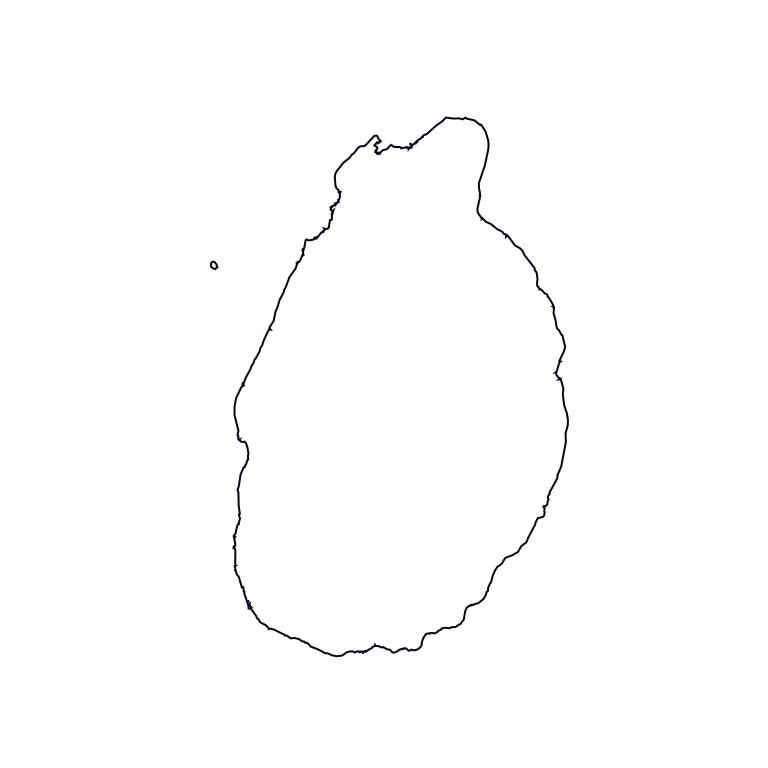 the district of Camiguin, Camiguin, Philippines, rotated 218°
{"feature_id": "2640588B70398489528347", "entity_name": "Camiguin", "entity_type": "district", "adm_level": 2, "iso_a3": "PHL", "parent_name": "Philippines", "parent_adm1": "Camiguin", "projection": "equal_earth", "projection_center": [124.72, 9.168], "detail": "fine", "context": "isolated", "style": "outline", "palette": "ink", "viewbox_px": 768, "rotation_deg": 218, "n_neighbors": 0, "source": "geoboundaries", "source_scale": "gbopen_adm2", "svg_char_len": 6167}
<svg xmlns="http://www.w3.org/2000/svg" viewBox="0 0 768 768"><g transform="rotate(218 384 384)"><path d="M324.5,120.6L324.0,119.9L322.5,121.7L318.9,122.9L307.8,125.1L307.2,124.7L306.2,125.8L300.8,126.2L298.5,128.6L294.0,130.6L289.8,130.9L288.4,131.9L286.9,131.6L285.6,132.1L285.3,132.8L279.9,132.0L273.0,134.2L264.4,135.7L262.6,137.1L257.9,138.2L253.5,140.5L249.8,144.2L248.2,149.7L246.4,152.1L243.9,154.1L241.6,154.5L240.4,157.1L238.1,158.2L237.8,157.8L237.3,158.4L237.5,159.0L236.2,160.0L235.0,159.2L234.3,159.9L235.0,159.6L235.3,160.4L234.2,162.2L233.6,161.8L233.5,160.5L233.6,162.7L233.1,163.0L232.5,165.4L231.0,168.3L231.2,169.7L230.0,171.9L230.3,172.7L229.6,172.3L226.9,174.1L223.5,175.0L222.6,176.2L218.1,176.9L215.7,178.3L212.5,177.7L210.8,178.3L209.2,180.9L207.8,185.1L207.3,185.2L205.8,187.7L205.5,187.4L204.1,189.2L200.1,189.1L198.7,191.7L197.3,191.9L194.8,194.3L193.5,197.5L193.4,200.7L193.9,202.2L194.9,203.0L196.6,207.9L197.0,212.9L195.0,215.3L194.6,215.0L193.7,216.8L190.5,218.8L189.4,221.0L189.2,223.2L187.9,225.3L187.7,226.2L188.1,226.7L187.6,227.5L185.7,229.6L182.0,231.9L181.0,234.0L177.9,236.6L176.9,240.4L176.0,241.5L176.1,247.4L180.1,254.9L181.1,258.7L180.3,261.7L179.7,262.5L178.9,261.9L179.7,262.9L179.2,263.8L178.3,264.0L178.0,265.1L176.9,265.9L176.7,267.0L174.8,269.1L173.2,276.0L174.0,280.8L175.1,283.1L174.7,285.0L176.5,287.6L177.6,291.8L177.5,293.5L180.2,299.6L181.7,305.5L182.1,309.5L180.5,314.8L181.3,320.7L180.9,322.5L177.4,328.2L175.0,334.2L176.0,340.8L174.5,346.2L174.7,348.5L175.7,351.4L178.3,366.0L179.4,368.5L180.2,373.1L177.1,376.8L176.8,378.8L178.5,382.0L179.4,382.4L181.1,385.2L182.7,385.2L182.8,386.1L181.3,386.2L182.4,386.5L181.3,387.9L181.3,390.0L182.8,392.3L183.2,394.4L185.1,395.4L185.8,397.0L185.6,399.0L186.7,400.2L189.4,416.3L191.1,419.1L191.0,418.2L193.5,428.0L205.0,450.3L210.6,457.0L213.7,464.5L216.9,468.9L221.7,473.4L229.1,478.3L237.0,486.3L239.5,490.5L247.0,496.2L248.3,496.6L248.1,495.8L248.3,495.2L248.3,496.2L248.9,495.5L248.7,496.6L251.8,496.6L253.9,497.5L255.5,499.2L255.9,498.8L255.6,500.0L258.1,506.4L259.1,509.8L258.8,510.5L260.0,510.1L262.4,520.8L264.2,524.9L273.4,532.2L274.7,532.1L279.5,534.2L281.4,534.2L283.7,535.7L288.0,539.8L294.1,544.3L296.4,548.0L296.7,547.3L296.8,548.4L297.7,549.2L298.7,549.0L298.4,549.5L299.1,550.3L307.0,553.5L308.7,553.5L310.5,555.0L313.5,554.4L317.8,555.2L319.9,555.0L319.9,554.4L322.2,555.6L323.3,555.4L325.5,557.7L327.6,561.1L331.5,565.1L333.6,566.3L334.9,566.3L336.9,568.1L352.7,572.1L356.6,574.1L360.4,574.7L366.1,573.8L377.2,577.0L378.4,576.8L378.5,575.3L379.7,577.0L381.9,576.1L384.4,576.8L390.6,575.7L398.1,575.9L403.7,574.5L409.7,575.5L408.3,574.7L408.5,574.0L409.1,574.8L414.9,576.5L416.5,577.5L418.4,579.9L424.0,591.6L424.6,591.5L425.5,593.2L429.6,596.7L432.9,600.7L439.1,618.4L446.2,632.9L448.7,636.7L451.8,640.1L459.1,645.3L466.5,648.1L467.4,648.0L467.5,647.3L475.1,647.4L482.1,644.1L483.8,644.1L484.9,641.1L488.3,639.6L492.7,635.9L499.1,632.2L499.9,626.7L502.0,619.7L504.2,607.4L506.1,603.9L505.5,602.6L506.2,602.1L506.1,599.9L506.7,598.5L506.7,599.6L507.7,595.6L507.0,595.3L507.5,594.9L507.3,594.1L507.8,594.3L507.7,593.0L508.5,593.3L508.0,593.1L508.3,591.1L508.9,589.8L512.1,589.3L508.6,589.1L509.3,586.6L508.2,586.8L509.3,585.3L509.8,586.2L509.5,584.5L510.2,585.3L511.2,584.2L511.8,584.8L515.5,580.3L516.3,580.8L517.9,580.1L522.2,576.9L525.5,576.9L526.2,574.2L526.0,571.3L528.8,567.6L529.3,564.6L529.0,562.9L530.4,563.1L530.5,561.2L531.4,561.1L531.5,562.4L532.5,561.7L533.2,562.2L533.8,561.6L534.4,562.9L534.0,565.0L535.1,566.4L538.4,566.1L538.3,569.3L537.8,569.4L538.3,570.1L537.6,570.9L536.7,570.8L535.9,572.5L536.1,573.5L538.8,573.6L542.4,575.4L544.4,573.6L545.5,560.6L546.2,559.2L549.0,556.6L549.9,554.1L549.7,547.6L550.6,545.0L550.4,541.3L552.2,533.4L552.3,522.8L551.8,519.7L549.8,516.3L544.5,510.6L541.9,508.9L539.2,508.8L537.8,507.2L536.5,508.6L535.8,506.3L533.8,504.2L532.9,501.3L533.4,500.6L531.9,499.7L532.6,499.1L532.3,498.0L533.7,496.4L533.3,495.7L532.6,496.6L532.3,494.8L533.4,494.4L533.8,491.9L534.2,492.3L534.7,491.7L534.8,490.1L534.1,489.6L534.7,489.1L533.7,489.4L533.2,488.5L531.3,488.4L530.9,489.7L530.4,487.6L530.2,488.2L528.5,484.3L526.2,481.4L527.5,480.0L523.8,473.2L523.8,472.3L525.2,470.3L526.6,469.8L525.7,469.6L526.1,467.2L525.7,467.7L525.3,466.9L526.6,464.4L526.8,457.0L527.4,456.9L528.1,455.2L528.7,455.9L528.1,457.5L527.7,457.2L528.1,457.6L528.9,455.9L528.2,455.1L528.5,454.4L531.8,450.7L534.0,450.3L534.3,449.0L530.9,442.7L530.5,441.3L530.9,440.7L530.1,440.4L530.6,439.4L530.2,438.3L530.2,439.2L529.3,438.9L528.5,437.1L527.2,436.4L527.7,436.0L527.5,435.4L526.3,434.9L527.6,435.0L526.2,429.8L526.2,427.5L527.2,427.1L526.5,425.7L527.1,425.4L526.0,424.1L524.7,420.2L524.3,410.0L520.8,399.0L520.7,396.7L519.6,394.8L518.1,386.2L515.2,379.0L514.1,374.3L509.8,365.8L509.1,358.3L508.5,357.3L506.7,357.0L508.2,355.8L505.7,344.7L503.6,338.8L503.8,337.0L502.2,333.3L500.8,325.1L501.0,323.7L499.7,319.8L499.3,315.7L498.4,313.7L496.9,304.3L495.0,298.0L492.9,295.8L495.3,296.7L494.3,295.0L494.4,293.2L491.8,281.7L488.1,274.5L482.7,267.5L469.9,257.5L468.0,253.6L466.4,253.0L465.3,251.1L463.9,251.1L463.6,251.6L463.5,250.6L461.3,250.6L459.2,251.6L458.5,252.6L456.4,252.5L452.0,249.5L448.0,245.7L446.8,243.4L444.6,240.9L444.9,240.5L443.2,235.4L443.2,233.8L442.6,233.0L443.3,231.6L441.2,224.2L435.6,214.3L434.2,210.4L431.9,208.8L423.4,198.4L417.7,193.0L417.9,191.7L414.6,189.3L412.7,184.4L411.4,184.8L412.6,183.9L412.6,183.2L412.0,181.0L409.0,174.8L408.8,171.8L406.2,172.3L408.3,171.3L402.4,166.1L401.7,164.9L402.4,163.6L401.6,162.4L402.1,161.5L400.3,162.7L398.1,160.6L391.5,151.9L389.5,149.7L389.0,149.8L389.6,148.6L387.1,146.6L386.7,145.5L386.0,145.7L382.9,143.4L379.8,142.7L370.7,136.2L370.0,137.3L369.5,137.1L367.0,134.3L366.1,134.4L365.3,133.0L357.5,128.0L356.8,130.3L357.3,127.9L355.2,126.4L354.6,128.3L353.7,126.8L351.8,126.5L353.1,125.9L354.8,126.3L352.6,123.8L350.0,124.9L341.6,122.4L339.8,121.1L338.7,121.5L334.7,120.0L329.0,121.1L324.5,120.6ZM593.6,371.0L591.8,369.8L589.6,369.9L587.6,370.8L587.8,372.4L587.1,373.3L589.8,375.2L592.9,375.8L594.2,374.9L594.8,373.5L593.6,371.0Z" fill="none" stroke="#020617" stroke-width="2"/></g></svg>